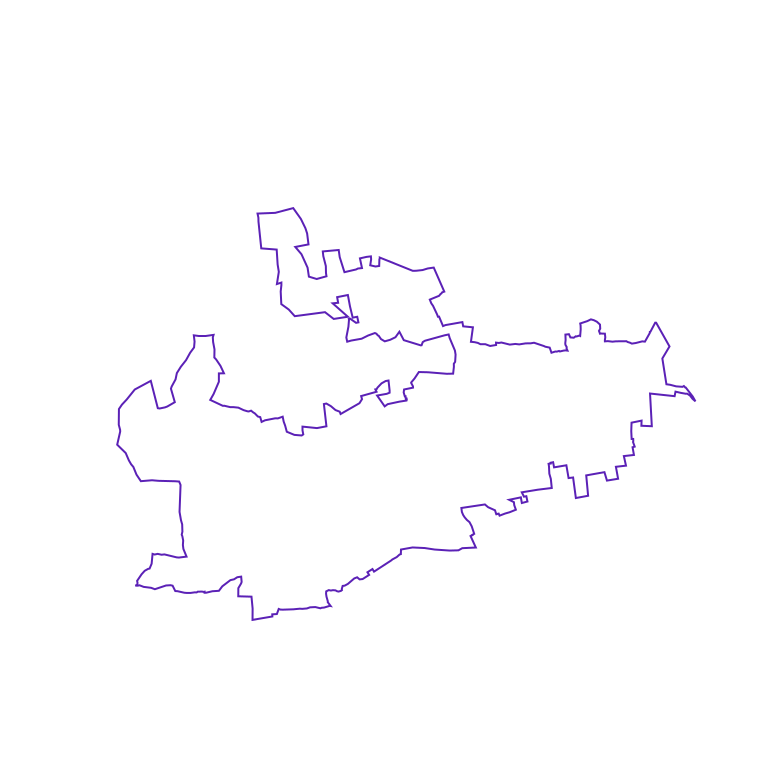 Izamal, Yucatán, Mexico, rotated 164°
{"feature_id": "50627088B52371381549393", "entity_name": "Izamal", "entity_type": "district", "adm_level": 2, "iso_a3": "MEX", "parent_name": "Mexico", "parent_adm1": "Yucatán", "projection": "orthographic", "projection_center": [-88.999, 20.883], "detail": "fine", "context": "isolated", "style": "outline", "palette": "violet", "viewbox_px": 768, "rotation_deg": 164, "n_neighbors": 0, "source": "geoboundaries", "source_scale": "gbopen_adm2", "svg_char_len": 6155}
<svg xmlns="http://www.w3.org/2000/svg" viewBox="0 0 768 768"><g transform="rotate(164 384 384)"><path d="M460.7,489.1L455.0,481.8L451.1,473.8L420.9,469.3L414.4,460.4L400.2,458.6L411.1,475.7L405.7,474.7L405.1,480.4L394.2,479.5L395.3,468.0L395.8,456.4L391.2,456.0L391.6,450.3L394.0,450.5L398.5,456.1L399.9,456.2L399.9,455.5L402.4,448.9L407.4,439.1L407.7,434.8L403.6,434.8L393.0,433.7L385.9,435.0L378.7,435.5L377.4,434.4L376.6,432.5L375.8,431.8L374.5,428.0L371.5,424.8L365.8,424.8L360.1,425.8L354.8,430.0L352.9,420.7L338.0,411.0L337.2,410.9L335.2,413.6L332.7,414.3L312.3,414.1L308.2,413.8L308.2,410.0L306.6,396.6L307.1,392.5L309.5,385.7L311.3,384.2L312.1,381.2L314.7,374.9L320.8,376.5L338.6,383.2L347.2,385.9L353.1,380.9L357.4,378.0L357.6,377.6L356.8,373.8L357.1,372.5L366.2,373.2L367.4,370.5L367.4,366.4L366.7,366.3L367.1,363.9L366.3,363.8L366.4,362.7L366.9,361.9L374.2,362.8L386.0,363.6L389.5,362.3L393.8,374.8L384.1,373.8L381.0,374.1L380.4,376.2L378.7,386.1L381.6,386.4L386.2,385.3L391.3,382.3L392.5,381.1L393.8,381.2L393.3,378.6L409.3,378.7L409.3,375.5L412.9,372.3L434.0,367.1L434.2,369.6L437.8,372.3L441.2,377.4L444.8,381.1L447.3,381.3L451.0,359.2L460.6,360.1L474.1,365.5L475.1,362.0L475.5,357.8L477.3,357.2L484.2,359.8L490.6,364.9L490.5,371.2L490.8,375.5L490.4,380.5L495.5,380.2L498.0,381.0L508.4,381.9L512.1,381.3L512.1,386.3L514.2,387.5L516.3,391.4L517.6,392.8L519.1,395.0L521.6,394.9L522.8,395.4L526.2,397.6L530.5,401.4L535.2,403.3L538.1,404.1L543.5,407.1L545.0,407.5L555.4,416.6L550.6,421.3L542.1,431.7L539.8,439.7L534.9,438.4L536.2,446.5L538.6,453.9L539.8,456.2L537.4,464.0L536.7,471.4L535.7,476.0L534.3,478.2L542.2,479.3L548.8,481.2L553.4,483.2L554.4,477.0L556.5,471.5L561.7,467.5L567.7,461.5L574.5,456.6L580.1,451.6L583.1,445.9L588.8,440.1L590.1,438.2L590.1,424.2L598.5,422.1L601.0,421.9L606.4,422.3L608.1,423.1L607.3,451.3L625.1,447.4L635.6,440.0L641.6,436.4L645.7,433.0L650.2,417.9L650.3,412.6L650.7,411.0L657.2,399.2L651.3,388.8L650.3,380.9L649.2,376.5L647.8,373.4L646.9,365.1L644.5,357.6L633.5,355.4L627.5,353.1L611.3,348.0L607.8,346.7L607.4,343.0L615.8,317.4L616.7,309.0L616.7,304.7L618.5,297.6L620.0,294.9L619.8,293.3L620.2,288.8L621.7,284.7L622.3,280.7L621.4,272.5L629.0,273.7L631.1,274.5L642.0,280.7L644.9,281.2L648.4,283.1L651.5,283.3L653.3,284.5L656.9,275.3L660.2,271.2L661.7,271.3L665.5,270.4L669.5,267.9L675.6,262.8L675.7,261.1L676.4,259.1L678.6,258.7L676.2,258.0L674.5,257.9L670.9,255.2L664.1,252.3L660.8,249.9L649.0,250.4L644.6,249.4L642.8,248.4L641.7,242.5L639.7,241.8L633.5,238.4L631.4,237.6L627.7,236.5L623.4,235.9L621.5,235.3L620.3,235.7L616.1,234.6L614.8,233.9L613.7,233.8L614.0,232.8L612.6,232.4L606.1,232.1L599.7,230.7L595.2,234.1L585.7,237.8L582.0,237.6L578.3,238.7L574.4,238.2L575.4,233.0L576.3,231.7L580.3,227.9L582.6,220.1L570.0,216.1L572.2,204.3L575.4,193.5L555.4,191.3L554.9,193.4L550.4,192.4L547.2,196.8L545.7,195.7L543.6,195.0L533.2,192.4L526.8,191.2L524.6,190.4L520.0,189.5L516.6,189.7L511.5,188.5L506.9,185.9L505.8,186.1L503.1,185.6L497.3,185.7L496.5,185.3L498.2,189.8L497.9,190.6L497.9,195.4L497.5,198.4L496.7,200.6L493.9,201.1L492.0,200.1L489.9,199.9L487.5,199.0L486.2,197.7L484.9,197.0L482.4,197.0L481.2,197.5L481.2,198.4L479.4,201.3L477.4,201.0L473.8,201.8L466.2,205.3L463.1,205.6L461.3,202.9L458.3,202.4L450.9,204.6L451.8,207.6L446.1,209.3L445.3,206.4L425.4,212.5L424.5,213.0L419.5,214.1L416.0,215.8L414.7,215.8L413.3,220.2L401.6,219.0L390.1,215.1L380.9,210.9L366.8,205.8L358.3,203.6L354.0,204.6L340.8,201.5L342.7,214.0L340.8,214.3L340.9,214.6L338.6,215.1L338.9,223.0L339.9,227.7L341.8,230.5L343.2,233.6L344.0,236.2L344.4,239.5L343.8,243.5L320.2,240.4L317.9,236.9L312.1,232.0L312.0,228.1L311.7,228.1L311.7,227.8L309.5,227.8L309.2,225.6L303.3,226.1L298.6,226.1L291.9,226.8L292.2,231.6L291.7,234.6L295.6,238.2L283.7,237.3L284.3,231.6L278.5,231.5L278.1,236.9L280.5,237.1L281.4,241.9L265.3,240.0L251.4,237.8L249.8,246.8L249.8,252.2L248.1,259.4L247.8,261.9L245.7,261.6L245.6,262.4L243.0,262.2L243.5,257.0L231.1,255.6L232.5,242.7L228.0,242.0L231.0,221.5L218.6,220.3L214.8,240.4L196.4,238.5L196.3,229.7L185.1,228.4L183.9,240.5L173.9,238.8L173.3,248.6L163.3,246.9L162.5,254.7L160.3,254.7L160.6,259.6L160.1,260.4L159.6,262.5L161.1,262.9L159.3,270.6L156.7,278.6L146.5,277.8L148.1,272.9L138.2,269.6L130.9,301.5L108.0,292.2L105.9,296.3L101.0,293.6L96.5,291.4L95.3,291.2L93.0,288.5L91.5,284.7L89.4,281.5L90.7,286.9L94.9,297.4L95.3,297.5L96.3,299.4L97.8,299.0L103.8,301.2L109.2,304.4L112.6,305.9L109.4,331.8L99.2,341.4L105.5,367.9L106.4,368.2L113.5,360.8L114.1,360.8L114.5,359.7L121.5,352.8L124.0,353.8L130.7,354.0L134.6,354.5L136.3,356.0L138.2,357.2L139.2,358.3L149.3,361.1L152.7,361.7L157.0,363.5L159.9,364.1L159.6,365.3L158.4,367.9L157.8,371.5L161.8,372.8L162.5,372.8L162.7,375.8L160.9,377.6L160.0,381.6L162.2,385.2L164.7,387.5L167.3,389.1L171.3,388.4L178.7,388.1L178.9,386.0L179.9,382.2L182.2,376.1L182.9,376.7L185.8,376.6L186.6,377.0L188.8,376.2L192.0,377.4L192.5,380.9L196.0,381.5L197.3,376.2L198.5,373.3L198.8,371.7L198.2,369.1L198.7,368.0L198.4,365.5L200.3,366.3L202.1,366.6L206.0,366.8L206.6,367.5L208.9,367.5L210.4,368.0L214.4,367.9L214.7,373.3L218.7,375.4L219.8,376.4L228.4,382.3L232.0,382.7L236.6,384.0L243.1,384.8L246.7,386.3L252.2,387.2L259.7,391.5L262.3,391.8L264.9,392.9L265.5,390.6L271.5,391.3L275.6,394.3L280.4,395.7L282.4,397.6L285.3,399.2L288.8,400.6L282.9,414.0L292.0,417.6L291.6,421.9L308.7,423.7L311.3,423.4L312.5,433.6L313.6,433.8L313.8,436.3L315.3,445.6L316.3,448.5L316.7,452.5L306.7,453.6L304.9,454.9L303.9,455.2L302.8,456.1L300.6,456.2L304.1,482.2L310.1,483.0L315.5,482.9L321.9,484.0L325.2,484.9L353.2,506.7L353.4,505.8L354.0,505.3L356.1,498.8L359.8,499.3L364.5,501.9L362.0,507.4L361.4,510.3L365.7,511.0L372.5,511.4L373.2,501.5L377.3,502.2L379.2,501.8L391.2,502.4L391.6,518.2L390.6,525.3L406.3,528.3L407.1,523.6L407.4,513.4L409.2,506.6L409.6,503.4L419.8,503.5L426.6,507.9L425.4,516.9L427.4,530.5L427.6,531.6L431.5,540.2L418.1,539.0L416.4,549.9L416.6,555.4L418.4,565.6L422.8,578.1L441.4,578.5L458.6,582.7L458.9,578.5L459.9,574.7L464.6,548.2L450.1,542.8L453.3,528.2L454.2,520.8L459.4,509.6L454.7,509.8L455.4,507.3L457.8,501.4L460.7,489.1Z" fill="none" stroke="#5b21b6" stroke-width="2"/></g></svg>